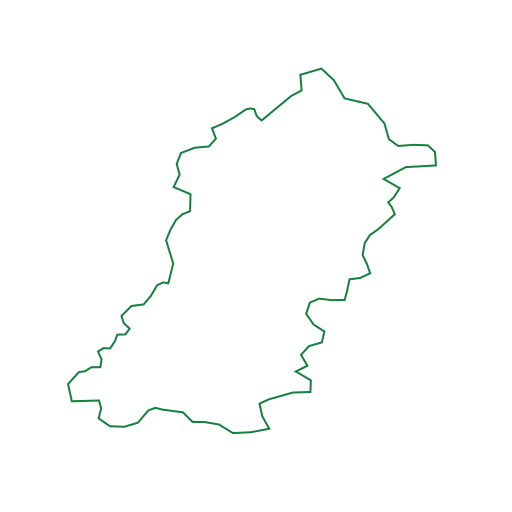 map outline of Shumen (Equal Earth projection), rotated 12°
{"feature_id": "BGR-2258", "entity_name": "Shumen", "entity_type": "Province", "adm_level": 1, "iso_a3": "BGR", "parent_name": "Bulgaria", "parent_adm1": "", "projection": "equal_earth", "projection_center": [26.96, 43.305], "detail": "fine", "context": "isolated", "style": "outline", "palette": "green", "viewbox_px": 512, "rotation_deg": 12, "n_neighbors": 0, "source": "natural_earth", "source_scale": "10m", "svg_char_len": 1464}
<svg xmlns="http://www.w3.org/2000/svg" viewBox="0 0 512 512"><g transform="rotate(12 256 256)"><path d="M106.0,436.4L98.8,420.3L106.8,406.5L112.8,404.2L118.0,399.1L126.9,397.1L126.4,389.0L121.3,382.3L126.1,377.8L132.5,376.8L135.7,368.8L136.7,361.8L144.5,359.9L147.5,353.3L140.7,349.3L136.9,342.7L144.5,330.8L156.2,326.7L161.2,317.5L165.4,305.2L170.7,301.1L175.9,301.0L176.6,280.7L164.8,259.3L166.8,248.4L170.3,237.4L175.4,230.4L182.2,225.9L179.1,209.2L161.1,205.7L164.4,192.4L159.3,182.5L161.2,170.8L173.6,162.8L187.2,158.6L192.4,149.6L186.4,140.2L195.7,133.7L206.4,124.4L215.5,114.8L219.5,112.9L223.7,112.7L227.7,119.0L233.3,122.3L257.2,92.1L266.2,84.6L261.7,69.5L281.0,59.1L295.5,67.8L309.9,83.4L333.9,83.9L354.2,99.8L361.7,114.1L372.2,118.8L386.6,114.6L401.1,112.0L409.5,117.1L413.2,130.0L384.1,137.9L364.8,154.1L382.5,159.8L378.4,170.4L374.2,176.0L378.5,179.8L383.1,186.3L370.2,204.1L363.0,211.9L359.7,220.8L360.1,232.8L366.3,241.0L371.3,249.1L362.3,255.9L352.3,259.4L352.4,271.3L351.8,280.6L339.3,283.4L326.6,284.6L318.4,290.4L317.1,302.1L326.6,311.1L338.6,315.6L338.4,326.8L326.6,333.1L320.6,343.3L329.1,352.7L318.9,360.7L335.5,366.2L337.5,377.7L320.4,381.9L298.6,393.4L290.1,399.7L295.5,411.5L304.9,422.2L287.8,429.4L270.2,434.0L254.8,428.5L240.4,429.1L228.5,431.5L217.0,424.1L196.4,425.7L189.2,425.4L182.9,429.3L175.1,443.6L162.8,450.4L148.6,452.9L135.9,447.6L136.2,437.1L132.5,430.0L106.0,436.4Z" fill="none" stroke="#15803d" stroke-width="2"/></g></svg>